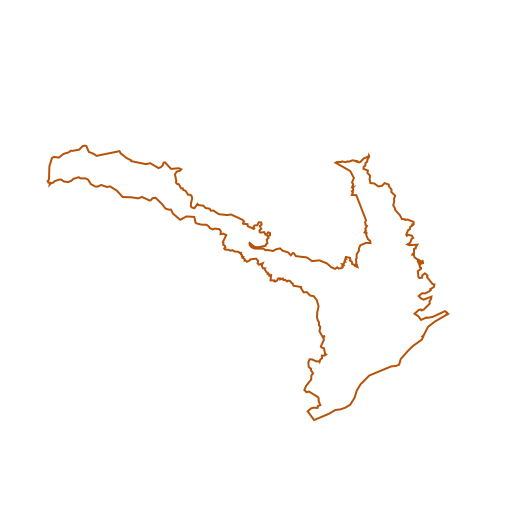 outline of Rioviejo, Bolívar, Colombia, rotated 65°
{"feature_id": "7082276B23720566287861", "entity_name": "Rioviejo", "entity_type": "district", "adm_level": 2, "iso_a3": "COL", "parent_name": "Colombia", "parent_adm1": "Bolívar", "projection": "natural_earth1", "projection_center": [-74.045, 8.431], "detail": "fine", "context": "isolated", "style": "outline", "palette": "amber", "viewbox_px": 512, "rotation_deg": 65, "n_neighbors": 0, "source": "geoboundaries", "source_scale": "gbopen_adm2", "svg_char_len": 6147}
<svg xmlns="http://www.w3.org/2000/svg" viewBox="0 0 512 512"><g transform="rotate(65 256 256)"><path d="M351.1,230.3L357.2,229.8L357.4,228.2L358.0,228.2L357.8,229.7L360.5,229.7L365.4,235.5L366.6,235.2L368.4,233.4L373.9,234.8L374.9,234.1L375.2,236.0L374.1,238.4L376.6,239.4L377.0,241.4L378.9,243.2L378.0,243.4L377.0,245.9L373.4,248.9L372.3,251.2L374.7,253.6L378.2,254.9L379.5,254.9L381.5,253.7L382.6,254.5L386.5,253.9L387.7,256.4L391.2,258.1L394.8,265.3L397.8,268.8L400.9,267.7L401.2,265.3L409.8,259.6L411.2,259.3L414.2,260.6L418.3,260.7L418.2,263.5L419.7,264.4L417.9,267.7L417.4,270.5L418.6,274.8L429.2,272.7L429.8,256.9L429.1,249.1L430.7,244.3L431.2,239.1L430.6,233.5L426.1,226.5L420.6,221.6L416.5,215.5L412.2,203.8L413.2,180.1L414.8,175.6L415.0,172.2L410.6,168.4L406.5,159.1L403.9,151.9L401.9,141.1L399.7,138.5L399.2,139.1L398.4,137.1L392.9,130.0L391.0,121.6L389.7,106.6L388.8,107.4L388.2,106.7L385.8,108.1L385.9,121.6L384.3,127.3L383.8,127.4L383.7,133.4L379.1,134.4L375.3,136.7L373.7,131.2L374.1,129.2L375.3,129.0L375.4,126.6L372.6,118.6L370.4,117.9L368.9,115.4L367.0,114.2L366.4,122.6L363.9,124.5L361.0,125.5L360.0,121.2L361.4,118.5L361.3,114.4L360.7,111.9L359.7,112.1L359.3,108.0L357.3,106.3L355.9,107.9L347.3,109.9L346.5,108.9L345.3,109.1L343.1,110.3L343.9,113.5L345.8,114.6L345.1,117.1L343.9,117.7L338.2,115.8L337.3,111.7L336.3,111.4L335.4,112.3L333.4,111.3L332.6,109.5L333.0,107.6L332.0,107.3L330.9,107.1L331.1,108.4L329.2,109.6L330.4,109.7L331.9,111.6L330.7,111.6L330.8,110.6L330.1,110.0L330.3,110.5L329.4,111.2L329.7,112.1L328.3,110.8L324.1,112.9L321.3,112.4L320.9,113.7L320.3,113.1L320.7,111.9L316.4,109.8L316.6,108.1L315.8,107.8L313.9,105.0L310.9,112.6L309.5,113.9L309.1,110.5L306.4,108.0L306.0,105.9L303.4,106.2L301.1,109.1L301.4,110.7L300.0,110.7L296.8,107.1L296.9,105.5L294.8,103.8L294.4,101.0L293.4,101.1L293.7,99.6L291.7,98.8L287.1,103.1L286.4,105.5L285.5,105.7L284.1,108.2L280.0,108.3L273.1,110.4L271.8,109.9L268.0,110.2L265.6,108.1L262.3,106.6L260.3,104.4L255.1,106.3L253.2,105.1L248.9,106.1L247.4,105.5L244.3,108.6L245.6,112.0L244.7,115.7L240.2,118.2L238.3,121.5L234.4,120.6L231.6,118.7L227.7,119.9L225.9,118.5L222.3,121.8L220.6,120.6L220.3,118.7L218.1,117.6L217.5,115.3L215.8,114.4L213.7,111.4L212.6,111.3L213.4,112.0L213.1,117.1L214.9,121.6L214.6,123.3L213.2,124.9L212.7,124.3L210.1,128.1L209.7,132.2L209.0,132.9L208.8,135.2L206.7,138.0L206.8,139.2L205.1,142.5L205.1,144.4L218.8,134.7L226.6,134.3L230.0,137.9L232.1,137.6L234.3,139.8L234.6,138.6L234.9,139.4L237.9,140.2L237.9,141.7L239.5,141.4L241.1,143.4L243.3,139.4L270.2,141.2L271.7,143.0L274.4,143.5L275.7,142.7L277.6,145.5L278.9,145.5L280.6,147.7L281.5,146.9L281.2,146.1L281.9,146.0L282.3,146.8L284.4,147.3L288.3,147.4L290.5,146.1L292.0,146.5L292.6,146.8L290.6,150.7L290.4,157.0L292.7,159.5L294.8,160.6L297.0,164.1L300.3,165.6L301.3,166.8L305.2,168.2L305.7,169.0L306.7,168.3L308.9,168.7L307.0,170.4L305.3,170.8L304.1,172.2L301.4,171.6L299.8,172.8L299.2,172.0L297.4,171.6L294.9,174.9L295.9,175.9L296.9,175.6L296.9,176.6L298.0,177.8L298.8,177.6L298.6,178.1L300.4,180.2L300.0,181.1L301.0,180.6L301.3,181.5L301.7,180.9L302.0,182.0L302.9,182.3L303.2,183.5L302.2,186.5L300.6,187.1L301.1,189.8L298.0,192.5L292.6,194.9L286.8,200.3L284.3,207.4L278.8,210.5L273.0,219.9L269.5,220.5L268.9,221.2L270.0,224.2L266.3,225.4L262.5,229.6L259.2,231.0L258.4,235.4L258.7,238.4L255.7,242.6L254.8,245.0L252.5,246.1L248.8,254.0L246.2,256.3L243.5,257.1L243.2,256.9L241.6,256.5L241.4,256.3L247.2,253.4L248.9,250.6L250.8,242.9L249.7,242.2L249.4,240.4L245.7,239.3L244.8,236.9L242.8,237.1L243.1,234.5L240.9,233.6L239.7,235.0L240.9,237.2L240.7,238.4L237.8,238.5L236.8,241.8L235.8,242.6L234.2,242.0L233.6,239.7L230.5,239.9L229.9,237.6L227.8,237.1L226.6,239.3L228.7,241.8L227.7,244.5L228.7,246.1L230.3,245.9L230.5,246.6L225.4,250.9L223.6,250.2L221.4,254.0L220.7,253.9L219.6,252.2L217.4,253.0L207.8,261.1L206.8,264.7L202.4,272.0L196.8,275.4L195.8,277.8L193.6,278.0L191.1,281.5L188.1,282.5L185.5,286.7L184.1,287.0L186.7,291.7L184.7,293.8L183.3,294.0L180.3,292.4L176.8,289.4L174.0,289.0L172.5,290.0L171.8,291.7L167.4,292.2L165.2,294.1L163.8,293.8L163.1,295.3L158.3,295.6L157.6,296.9L155.7,297.5L154.0,296.4L147.8,295.0L146.0,292.2L146.6,288.9L145.9,287.1L143.9,288.8L141.1,296.2L132.7,298.9L132.3,300.2L134.4,302.2L135.3,304.6L135.1,307.2L127.2,312.6L126.2,317.0L117.3,329.0L116.5,328.7L113.1,331.5L106.1,335.2L103.3,335.4L97.8,358.3L95.1,359.7L91.0,363.5L84.6,363.3L83.6,364.5L83.2,366.9L84.9,371.3L83.2,377.8L82.3,379.3L82.9,382.0L82.1,387.3L83.5,393.0L80.8,397.3L80.9,399.5L87.5,405.4L98.6,411.0L100.0,412.3L100.1,413.2L101.8,413.1L102.5,411.8L104.2,412.9L103.5,411.2L103.8,408.5L103.1,407.2L103.5,402.5L104.3,400.3L107.0,398.9L109.6,395.2L109.8,391.5L108.9,388.9L109.7,383.4L111.6,382.1L113.6,377.7L115.9,375.9L121.1,375.3L125.1,372.3L126.2,370.2L126.2,366.3L130.5,361.9L131.2,358.9L138.1,354.4L146.2,351.9L150.2,344.0L154.0,338.4L154.3,334.4L160.7,329.0L161.0,328.0L159.9,325.2L160.7,322.5L169.5,319.1L174.8,318.0L177.0,315.6L178.1,313.4L182.4,313.4L191.1,309.4L190.8,302.2L194.5,295.4L200.3,296.7L201.5,295.9L204.6,292.1L206.7,287.7L209.5,286.2L210.9,286.2L213.6,284.1L213.8,281.7L216.3,277.8L218.6,277.4L221.3,278.9L221.8,276.4L224.5,274.1L229.4,280.2L230.2,279.9L232.0,281.0L233.5,279.9L235.2,280.1L235.7,281.6L237.1,281.3L238.7,278.4L240.4,276.9L240.8,274.8L242.8,273.6L244.8,270.1L246.5,269.5L246.9,268.8L246.2,267.8L248.2,268.9L248.8,268.4L250.3,268.8L251.3,267.9L251.8,269.1L253.8,267.7L255.3,268.3L255.2,267.5L257.4,266.7L257.3,263.6L256.7,262.5L258.4,257.1L261.3,256.1L263.1,257.6L265.2,257.0L265.4,252.9L267.0,254.8L270.0,255.0L271.0,253.0L271.5,253.7L275.2,253.3L276.1,252.4L277.3,253.1L278.2,251.8L280.2,252.7L279.5,251.8L279.7,250.4L284.2,253.1L285.8,249.8L286.7,250.2L287.2,249.5L287.2,247.3L285.7,245.5L286.1,244.4L286.6,243.6L287.4,244.0L287.8,241.2L289.4,241.3L289.9,239.7L292.2,238.5L291.9,237.4L292.9,235.7L295.6,235.2L296.3,234.4L298.8,234.6L303.2,228.2L304.0,228.8L309.1,228.2L310.2,225.3L314.8,223.6L316.7,220.7L321.6,219.6L327.9,220.5L333.1,224.4L337.3,226.6L340.6,227.3L342.5,226.9L345.6,228.2L347.4,227.7L351.1,230.3Z" fill="none" stroke="#b45309" stroke-width="2"/></g></svg>